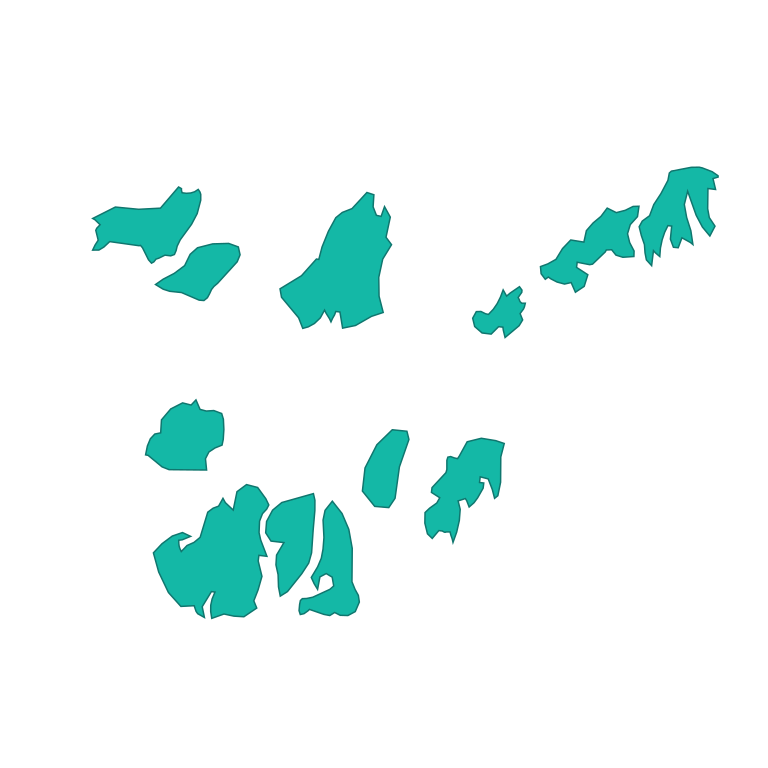 SVG path tracing the border of Bolama, rotated 7°
{"feature_id": "GNB-770", "entity_name": "Bolama", "entity_type": "Region", "adm_level": 1, "iso_a3": "GNB", "parent_name": "Guinea-Bissau", "parent_adm1": "", "projection": "equal_earth", "projection_center": [-15.897, 11.361], "detail": "fine", "context": "isolated", "style": "filled", "palette": "teal", "viewbox_px": 768, "rotation_deg": 7, "n_neighbors": 0, "source": "natural_earth", "source_scale": "10m", "svg_char_len": 5280}
<svg xmlns="http://www.w3.org/2000/svg" viewBox="0 0 768 768"><g transform="rotate(7 384 384)"><path d="M288.8,569.3L280.7,569.3L280.7,575.0L286.3,589.8L284.1,603.7L281.2,615.1L285.0,621.9L273.3,632.1L263.3,632.7L253.2,631.8L241.6,637.6L239.7,630.9L239.0,624.7L239.6,618.3L241.6,611.1L238.0,611.1L230.7,627.2L234.2,637.6L227.1,634.7L225.2,632.6L222.6,627.2L209.5,629.5L195.5,617.3L183.3,598.1L175.7,579.7L183.1,569.6L192.4,560.7L202.1,556.0L210.6,558.8L202.8,563.2L199.3,564.1L199.8,567.4L200.4,569.8L201.4,572.1L203.2,575.0L208.2,568.3L214.7,564.4L220.2,558.6L224.7,532.7L229.5,528.1L234.7,525.4L238.1,517.1L241.0,521.1L249.7,527.5L251.2,508.8L259.8,500.6L271.2,502.1L280.7,512.3L284.4,518.1L282.8,522.5L279.2,527.5L277.2,535.3L278.1,546.7L280.6,553.8L288.8,569.3ZM304.1,268.3L305.8,255.6L310.2,239.2L315.9,224.8L321.7,218.8L330.9,213.8L343.7,196.0L350.9,197.4L351.6,209.5L355.9,217.5L360.7,218.0L362.9,207.9L369.9,217.6L368.1,238.1L374.5,244.8L367.5,260.2L365.8,278.8L368.4,297.5L374.5,313.1L363.3,318.4L348.6,329.4L336.1,333.6L331.5,317.9L327.3,317.9L326.5,321.4L324.9,325.2L323.8,328.8L322.0,325.9L317.8,320.7L316.0,317.9L312.7,326.2L307.6,332.4L301.9,336.5L296.6,338.7L291.2,328.7L271.7,310.4L269.2,302.2L288.9,286.6L301.7,268.2L304.1,268.3ZM160.2,281.0L156.7,282.8L150.9,282.8L145.1,286.6L142.5,287.8L140.7,290.8L138.5,292.4L135.1,289.4L127.7,278.2L125.4,276.1L124.1,276.6L94.4,276.1L89.3,282.2L84.7,285.8L78.5,286.6L80.3,281.3L82.8,276.1L79.2,266.6L79.9,264.4L82.8,260.5L77.1,256.2L74.7,255.2L95.8,241.1L119.2,240.5L140.7,236.7L156.1,213.5L158.8,214.6L159.3,215.0L159.2,216.0L160.3,218.8L164.6,218.8L168.8,218.0L172.6,216.3L175.9,213.5L177.9,215.8L179.0,218.1L179.7,223.9L177.8,237.7L173.5,249.0L164.2,265.7L161.9,272.4L161.4,276.9L160.2,281.0ZM510.6,428.4L508.8,442.2L511.7,467.3L510.6,481.0L507.7,484.0L504.3,475.4L499.0,465.5L490.8,464.4L490.8,470.1L495.1,470.1L495.1,475.3L490.8,485.6L487.8,490.9L483.5,495.7L480.3,489.7L478.7,487.8L471.8,491.0L474.9,499.1L475.4,510.2L474.2,522.1L471.8,532.8L470.6,529.5L468.8,525.9L467.6,522.8L464.1,523.2L462.8,523.7L461.9,523.7L459.8,522.8L456.3,522.8L450.7,531.4L445.4,527.4L441.5,517.1L440.4,506.6L444.4,501.7L450.9,495.7L453.2,490.1L444.3,485.8L444.3,481.0L456.3,464.4L456.8,461.1L455.7,452.0L456.3,448.8L459.0,447.9L462.8,448.8L466.1,449.1L467.5,446.4L473.6,431.2L487.2,426.0L501.8,426.6L510.6,428.4ZM690.4,137.9L685.5,140.0L689.4,150.5L681.7,150.5L683.9,170.6L686.6,179.2L693.3,187.0L689.4,197.4L680.9,189.4L673.3,178.5L661.9,155.7L660.2,169.2L664.1,181.8L669.9,194.5L673.6,207.9L670.9,206.2L661.9,202.6L659.4,212.9L654.6,213.0L650.6,205.3L650.3,192.2L646.5,192.2L644.1,199.2L642.5,207.0L641.8,215.3L642.2,223.9L637.2,220.6L635.2,218.8L635.2,233.9L629.3,228.8L627.1,222.0L625.5,213.9L621.3,205.2L618.1,196.8L620.5,190.8L627.1,184.6L629.9,173.0L635.7,161.2L641.0,147.3L641.5,139.8L641.6,139.7L643.3,137.7L662.5,131.5L670.4,130.4L673.5,130.7L683.9,133.3L690.2,136.6L690.4,137.9ZM218.4,491.0L181.1,495.2L173.8,493.3L158.6,483.6L156.0,483.4L156.7,474.3L158.8,466.8L162.6,461.6L168.3,459.7L167.5,446.7L175.4,434.7L186.4,427.3L195.1,428.4L199.3,422.7L204.5,431.6L210.9,432.5L218.3,431.1L226.5,433.1L228.9,438.6L230.6,448.6L231.2,458.6L230.7,464.4L224.0,468.1L218.5,472.8L215.9,479.9L218.4,491.0ZM347.0,506.6L358.1,517.6L366.8,532.6L372.5,551.0L376.3,584.2L380.3,591.4L384.3,596.9L386.1,603.4L383.2,613.4L376.4,618.2L368.7,618.9L362.9,616.8L358.4,620.4L352.4,620.0L337.5,616.8L336.1,618.5L332.6,621.7L329.0,623.0L327.3,619.3L327.1,613.1L327.4,609.1L329.1,607.0L333.4,606.3L339.3,604.3L355.3,594.4L358.7,590.6L356.1,582.0L349.7,579.2L343.9,583.3L343.1,595.9L339.0,590.7L335.4,584.9L340.4,573.6L343.0,564.6L343.6,555.4L343.1,543.7L340.1,526.5L340.9,516.6L347.0,506.6ZM615.4,176.5L615.2,187.0L609.0,195.8L607.4,205.2L610.6,213.7L616.0,221.5L616.5,227.0L605.6,229.1L598.5,227.8L593.6,223.0L588.3,223.9L587.5,226.0L576.4,239.6L573.6,240.5L560.9,239.6L560.9,244.8L573.0,250.7L570.8,262.7L562.8,269.6L557.4,260.5L551.0,262.8L543.3,261.7L536.8,259.3L534.1,257.8L531.3,260.4L526.5,255.4L525.0,248.4L532.0,244.8L539.5,239.3L544.7,227.8L551.8,218.3L565.1,218.8L566.2,207.1L571.9,198.7L578.9,191.2L584.1,182.2L593.7,185.6L602.3,182.2L609.6,177.4L615.4,176.5ZM331.5,538.0L332.7,560.4L331.1,570.9L325.5,582.3L313.5,601.8L306.9,607.2L304.0,598.2L302.1,586.1L298.8,576.7L298.2,566.9L304.0,553.6L291.0,553.7L284.7,546.1L284.2,534.7L288.8,522.8L297.0,514.1L327.3,501.4L329.6,507.8L330.8,518.0L331.5,538.0ZM171.9,317.9L160.0,318.1L153.2,316.8L145.1,313.1L152.0,306.9L162.3,299.8L171.7,290.8L175.8,278.9L182.3,271.5L196.9,265.8L212.7,263.4L222.7,265.7L225.4,273.3L223.4,280.6L206.6,304.3L203.3,307.9L201.3,311.2L199.9,315.6L198.2,319.9L195.1,323.1L190.3,323.3L171.9,317.9ZM397.8,428.4L412.5,428.1L415.5,436.0L409.4,464.4L408.9,496.1L403.8,506.1L389.7,506.6L375.6,492.9L375.4,469.6L384.3,445.2L397.8,428.4ZM506.6,281.8L507.8,283.5L508.9,285.6L510.8,287.0L514.4,286.6L514.0,290.1L513.4,292.4L510.5,297.5L513.8,303.5L511.0,309.7L498.5,323.1L495.8,315.9L495.1,313.1L490.8,313.1L484.3,321.4L475.1,321.4L467.0,315.9L464.0,307.9L466.8,300.9L471.4,300.2L476.2,301.9L479.2,302.2L483.4,296.5L486.6,290.3L489.0,283.5L490.8,276.1L495.0,281.8L498.0,278.5L506.6,270.9L509.5,274.0L509.6,276.2L506.6,281.8Z" fill="#14b8a6" stroke="#0f766e" stroke-width="1.5"/></g></svg>